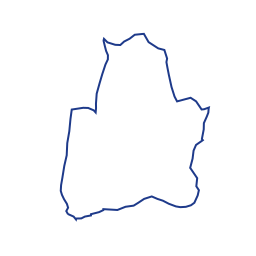 the district of Koytendag, Chardzhou, Turkmenistan, rotated 73°
{"feature_id": "10190150B64529450546528", "entity_name": "Koytendag", "entity_type": "district", "adm_level": 2, "iso_a3": "TKM", "parent_name": "Turkmenistan", "parent_adm1": "Chardzhou", "projection": "orthographic", "projection_center": [66.04, 37.77], "detail": "fine", "context": "isolated", "style": "outline", "palette": "blue", "viewbox_px": 256, "rotation_deg": 73, "n_neighbors": 0, "source": "geoboundaries", "source_scale": "gbopen_adm2", "svg_char_len": 1294}
<svg xmlns="http://www.w3.org/2000/svg" viewBox="0 0 256 256"><g transform="rotate(73 128 128)"><path d="M37.9,125.9L43.0,126.2L47.9,126.4L52.5,125.9L56.5,127.2L60.7,131.0L67.5,135.8L68.6,136.6L76.6,141.9L86.0,147.9L95.3,151.5L99.8,152.8L100.0,152.9L103.7,154.4L101.1,155.6L97.2,160.2L95.6,164.9L93.9,176.4L102.6,180.4L114.0,185.1L124.7,190.5L136.2,194.6L145.6,200.0L156.4,205.3L163.1,208.7L168.5,210.7L172.6,210.7L177.3,210.0L182.7,208.6L186.7,208.6L189.4,211.3L192.8,210.6L192.7,210.6L196.8,205.9L200.2,204.5L199.4,204.1L200.8,199.1L200.1,195.1L200.8,189.0L199.6,188.6L200.0,180.3L199.3,175.6L198.4,175.3L203.3,162.1L202.6,153.4L203.9,145.3L202.5,140.0L200.5,133.3L200.4,125.3L204.4,120.6L207.7,115.9L212.4,111.1L217.0,105.1L219.0,101.1L220.3,95.7L220.3,90.4L218.9,86.4L212.9,81.1L208.2,78.4L203.7,79.7L196.2,76.5L190.4,78.3L184.3,80.2L176.2,75.2L168.8,71.9L164.1,67.9L161.5,60.0L160.2,60.6L151.5,56.0L145.5,54.0L140.1,49.3L136.8,46.7L133.0,45.2L132.1,44.7L132.3,49.9L131.8,52.2L122.4,55.1L117.4,59.3L116.9,73.3L111.5,74.3L101.5,74.4L89.1,73.4L82.3,72.7L76.2,72.0L73.0,70.3L64.0,70.4L60.7,75.8L51.9,83.2L42.6,85.3L42.3,86.7L40.8,94.3L43.1,100.4L44.2,106.5L44.8,107.7L46.4,111.1L44.7,115.9L40.1,122.6L35.7,124.9L37.0,125.7L37.9,125.9Z" fill="none" stroke="#1e3a8a" stroke-width="2"/></g></svg>